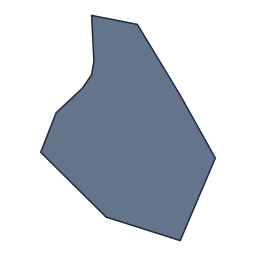 map outline of Cotabato (orthographic projection)
{"feature_id": "PHL-5527", "entity_name": "Cotabato", "entity_type": "Independent Component City", "adm_level": 1, "iso_a3": "PHL", "parent_name": "Philippines", "parent_adm1": "", "projection": "orthographic", "projection_center": [124.232, 7.243], "detail": "fine", "context": "isolated", "style": "filled", "palette": "slate", "viewbox_px": 256, "rotation_deg": 0, "n_neighbors": 0, "source": "natural_earth", "source_scale": "10m", "svg_char_len": 263}
<svg xmlns="http://www.w3.org/2000/svg" viewBox="0 0 256 256"><path d="M40.7,152.2L56.2,112.7L82.3,88.3L91.6,74.7L93.9,61.2L91.6,15.4L137.3,24.4L180.2,95.2L215.3,158.1L180.2,240.6L106.1,217.1L40.7,152.2Z" fill="#64748b" stroke="#1e293b" stroke-width="1.5"/></svg>